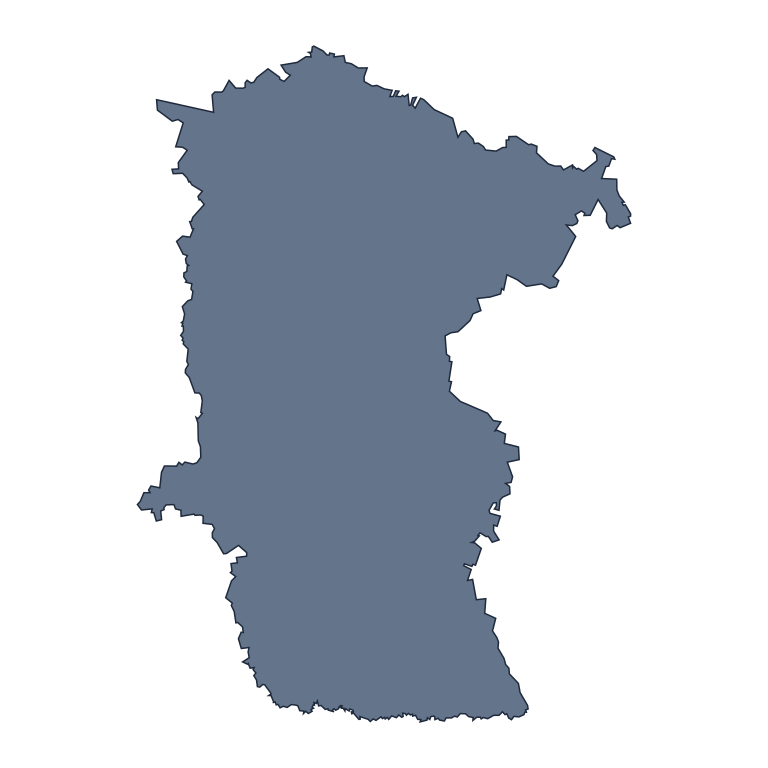 the district of Sahagún, Córdoba, Colombia
{"feature_id": "7082276B34877429512170", "entity_name": "Sahagún", "entity_type": "district", "adm_level": 2, "iso_a3": "COL", "parent_name": "Colombia", "parent_adm1": "Córdoba", "projection": "albers", "projection_center": [-75.428, 8.796], "detail": "fine", "context": "isolated", "style": "filled", "palette": "slate", "viewbox_px": 768, "rotation_deg": 0, "n_neighbors": 0, "source": "geoboundaries", "source_scale": "gbopen_adm2", "svg_char_len": 6073}
<svg xmlns="http://www.w3.org/2000/svg" viewBox="0 0 768 768"><path d="M157.4,110.1L172.3,121.2L178.1,119.5L183.2,122.9L175.7,146.8L182.5,147.2L187.2,150.2L178.3,162.6L178.6,168.9L172.0,169.3L173.2,173.7L182.6,173.3L187.0,177.8L188.9,182.0L189.8,181.5L192.0,184.9L202.3,191.2L198.0,196.4L199.1,199.9L200.3,199.5L204.2,204.5L192.8,217.3L191.4,221.4L189.7,221.6L192.2,228.8L193.5,228.8L190.0,237.2L182.6,236.1L176.6,241.4L183.1,254.1L187.3,255.6L185.5,259.1L186.3,263.6L188.7,265.4L187.2,265.9L186.8,271.5L183.9,272.9L183.8,277.0L186.6,281.0L185.6,282.2L191.8,283.7L191.0,289.2L192.9,291.4L191.6,299.4L187.8,300.8L182.3,306.6L184.6,313.9L183.3,321.0L181.4,322.7L182.8,323.3L182.0,326.1L183.3,326.2L183.5,331.3L180.7,335.4L183.1,338.1L182.1,340.2L183.8,341.7L183.2,343.9L188.2,349.1L186.8,361.4L188.4,364.6L185.5,369.3L185.3,372.9L189.2,377.4L194.9,392.9L199.3,393.1L201.3,395.6L202.3,401.0L200.8,412.6L202.4,413.3L198.0,418.7L196.1,417.4L197.9,423.0L198.3,440.8L200.4,446.6L200.8,457.2L196.8,462.8L192.9,464.0L184.9,462.1L182.2,464.9L178.9,462.3L176.6,466.1L164.4,466.0L161.5,472.3L159.8,487.8L151.0,486.0L148.6,490.0L150.1,492.6L143.9,492.7L140.2,501.5L137.4,504.5L141.5,510.0L152.2,508.9L151.3,512.6L153.8,512.7L156.3,521.0L161.6,519.7L160.7,511.0L164.1,509.6L163.8,507.8L166.1,504.9L173.9,504.6L175.6,509.0L180.9,510.2L181.1,516.3L194.1,514.1L194.9,515.3L200.9,515.0L203.2,516.2L203.0,523.3L212.2,524.4L214.5,528.7L212.3,532.7L212.4,537.6L217.2,542.6L223.6,553.8L226.5,553.5L238.5,545.4L246.7,552.6L246.6,556.2L236.4,557.5L237.4,562.8L231.0,563.6L232.0,571.1L230.4,572.6L235.7,576.6L231.5,580.9L225.7,597.7L232.3,603.1L231.3,605.5L234.2,611.5L235.9,622.9L237.7,622.5L242.5,626.8L243.3,632.5L241.2,632.2L238.4,638.7L241.3,648.5L249.0,647.5L248.1,652.0L249.2,657.7L242.6,661.9L247.4,664.2L248.2,663.4L250.1,668.2L254.1,667.6L253.1,669.6L255.9,673.0L253.8,675.6L256.5,680.0L257.4,686.6L259.8,687.1L262.8,684.5L264.7,684.8L270.6,692.8L271.0,694.0L268.8,695.5L271.0,695.5L273.8,702.2L272.7,702.7L275.2,702.0L276.2,704.9L278.0,704.4L280.1,707.8L283.2,706.3L287.2,707.4L291.3,704.6L295.3,705.0L297.8,705.7L299.8,710.7L303.9,711.1L303.5,713.5L305.8,711.3L308.3,713.5L312.1,711.3L311.0,709.6L313.5,708.2L312.1,707.3L313.5,704.7L314.4,705.1L314.0,702.5L316.3,703.5L317.4,701.0L318.6,705.9L321.1,705.5L325.2,709.4L328.0,708.7L328.2,710.1L334.0,711.8L332.1,710.5L334.0,708.7L335.6,710.2L338.5,708.8L338.8,707.2L340.3,707.4L340.2,705.7L342.0,705.7L341.6,708.2L343.3,708.3L344.9,710.9L345.2,708.6L349.1,711.0L349.9,709.0L353.0,710.1L353.4,711.5L351.3,711.9L351.8,713.8L353.4,713.0L358.9,719.4L360.2,719.1L359.9,716.6L368.1,719.3L370.3,721.5L373.2,718.9L376.0,720.4L381.1,716.8L382.4,718.6L384.5,717.4L385.2,719.0L387.3,717.4L388.7,719.4L391.7,715.9L396.4,717.7L398.9,715.0L401.7,717.3L403.2,716.4L402.7,713.2L405.4,713.6L406.4,715.2L408.5,713.4L410.4,715.0L412.5,714.2L412.7,716.1L415.6,715.3L417.7,719.4L420.9,719.5L420.1,721.9L427.0,720.1L427.4,717.8L429.8,719.5L430.7,716.7L433.3,716.1L434.7,716.6L434.9,719.6L438.2,718.3L439.6,720.1L444.4,721.0L446.1,717.9L451.7,717.9L454.4,716.2L457.3,717.0L460.3,713.6L465.6,713.8L468.6,716.6L473.1,717.5L472.9,720.4L476.8,717.2L480.4,717.2L481.2,718.9L483.4,717.5L487.7,718.7L493.7,715.3L499.0,715.3L502.5,711.8L505.0,714.6L506.8,713.8L508.7,718.0L511.5,719.7L513.9,716.4L519.0,716.9L524.0,714.6L524.8,712.2L526.4,712.2L525.6,709.9L528.1,709.0L527.6,705.5L520.1,692.6L518.4,683.4L509.4,673.9L508.9,668.2L505.7,664.6L504.0,658.4L498.0,648.2L498.5,642.1L497.0,637.8L492.5,630.9L495.7,618.4L484.7,613.3L485.8,598.7L476.3,599.7L472.6,579.4L467.5,580.5L471.2,569.5L463.7,565.7L464.4,563.8L471.9,566.4L472.9,564.3L475.5,565.2L481.3,548.4L474.6,542.8L471.7,542.5L474.8,541.1L479.3,535.9L477.9,535.6L480.0,532.8L486.0,536.5L488.4,536.5L492.2,542.2L499.1,539.9L493.6,531.1L493.7,525.1L497.1,526.3L500.4,516.2L489.9,513.3L489.1,510.2L493.2,503.0L494.9,502.7L496.4,502.8L496.4,506.0L494.4,509.0L499.0,510.3L500.0,500.0L502.7,497.1L510.0,493.8L509.6,486.4L505.5,483.4L511.1,482.4L512.6,476.8L507.3,462.2L519.2,459.6L518.5,447.0L504.3,443.4L505.5,434.1L497.2,430.3L495.1,430.8L500.9,421.9L493.2,420.5L487.5,413.2L460.4,401.5L449.4,391.2L451.5,381.7L448.9,381.2L451.9,361.7L449.4,361.3L449.7,356.6L446.5,354.3L445.1,335.9L450.8,332.8L458.0,331.7L470.0,320.6L473.1,313.7L480.9,310.6L477.2,298.5L490.2,297.0L500.6,293.9L501.7,288.6L503.7,290.0L506.9,274.8L517.2,279.7L526.4,286.3L541.7,283.9L549.7,288.3L556.2,286.6L558.7,280.6L553.0,276.2L561.7,264.3L575.7,236.5L566.4,225.0L572.4,225.6L576.8,223.5L577.9,220.8L575.2,214.7L581.5,210.9L584.8,213.2L584.0,215.5L590.2,215.3L598.1,199.5L606.7,213.1L606.4,221.4L609.6,227.9L612.2,228.8L617.1,225.5L620.1,227.7L630.6,223.3L628.3,217.0L630.6,216.1L630.6,213.7L625.3,204.7L623.3,205.4L622.0,202.3L624.2,202.1L619.2,195.9L616.9,189.9L616.7,179.2L601.6,178.5L605.8,166.6L608.8,166.1L611.5,158.7L614.8,159.2L613.8,156.9L594.9,147.5L593.0,150.5L596.6,154.5L597.0,160.6L583.6,171.3L578.2,168.3L576.7,169.2L573.6,166.4L572.6,167.8L572.5,165.0L563.5,169.9L560.7,166.0L555.1,166.2L548.3,163.9L536.5,152.8L537.0,146.3L531.3,144.1L528.6,144.7L516.4,136.4L508.9,136.6L508.7,140.0L506.2,140.1L506.2,147.4L502.7,147.5L496.1,151.1L485.5,150.0L483.5,146.6L478.4,143.1L474.3,143.5L473.0,139.1L465.5,130.8L461.4,131.8L457.9,137.2L452.7,118.3L434.2,109.6L423.7,99.6L420.5,98.2L415.2,108.1L412.6,105.3L416.4,97.3L412.6,97.9L410.6,105.2L409.2,105.5L408.0,94.3L404.4,96.7L402.5,95.3L400.9,96.7L396.1,96.3L399.0,91.2L395.6,90.8L393.3,96.4L389.8,96.5L392.2,90.3L384.3,88.9L376.9,85.4L372.3,86.1L364.2,81.5L364.1,76.8L367.2,67.9L358.3,68.0L351.3,63.7L345.3,62.4L343.9,55.7L333.9,56.9L334.4,54.1L329.7,53.0L329.1,55.1L327.0,55.0L323.0,50.9L313.8,46.1L312.3,46.9L311.7,52.1L308.7,52.4L310.4,53.4L311.1,56.9L306.0,56.7L297.3,62.4L281.1,65.1L285.6,72.2L290.3,75.2L284.1,81.4L279.8,79.3L279.6,77.3L268.0,68.8L256.9,77.5L253.8,82.2L251.0,83.0L247.1,80.3L245.2,82.7L245.1,87.3L243.2,88.2L235.7,88.1L229.1,80.4L223.3,90.9L221.7,92.1L214.8,92.0L212.1,94.8L213.6,112.3L156.6,99.7L157.4,110.1Z" fill="#64748b" stroke="#1e293b" stroke-width="1.5"/></svg>